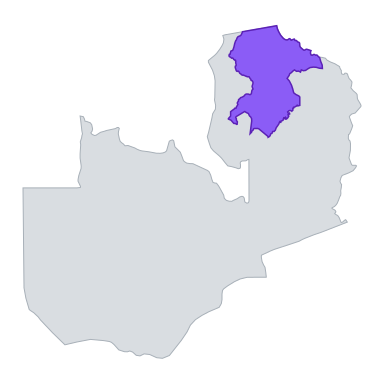 Zambia, with Northern highlighted
{"feature_id": "ZMB-515", "entity_name": "Northern", "entity_type": "Province", "adm_level": 1, "iso_a3": "ZMB", "parent_name": "Zambia", "parent_adm1": "", "projection": "natural_earth1", "projection_center": [30.182, -9.848], "detail": "fine", "context": "in_parent", "style": "filled", "palette": "violet", "viewbox_px": 384, "rotation_deg": 0, "n_neighbors": 0, "source": "natural_earth", "source_scale": "10m", "svg_char_len": 9114}
<svg xmlns="http://www.w3.org/2000/svg" viewBox="0 0 384 384"><path d="M266.3,277.2L247.1,277.3L240.1,279.0L234.4,281.7L227.6,285.9L223.6,288.9L222.5,290.5L222.0,294.1L222.0,299.6L221.3,303.6L219.2,307.3L208.9,311.7L202.1,315.3L195.5,319.6L190.4,325.1L187.0,332.0L181.3,340.4L169.4,355.5L162.5,358.3L156.7,357.7L149.7,354.5L144.1,353.9L140.0,355.9L136.2,355.3L132.7,352.1L129.8,351.0L127.4,351.8L124.4,351.7L118.8,349.9L114.0,344.5L111.4,342.3L109.4,341.5L103.7,340.6L90.5,339.4L76.9,342.0L64.9,344.8L52.6,332.8L40.6,320.1L38.1,316.8L33.6,312.6L30.4,310.5L29.2,309.5L25.9,298.2L24.0,287.8L23.0,187.9L76.9,187.9L80.4,187.5L80.5,186.4L78.0,181.1L78.1,179.2L78.8,175.6L81.1,168.4L81.2,166.0L80.1,158.1L80.1,153.7L80.7,144.8L80.3,141.8L81.6,137.8L82.0,135.2L82.5,134.0L81.9,131.0L80.7,120.5L80.1,116.0L83.3,116.7L84.4,118.9L85.0,121.2L86.5,121.4L90.3,122.8L91.7,124.7L92.6,129.0L92.1,131.1L90.8,132.9L92.1,134.4L94.6,135.5L96.1,135.2L100.5,132.3L104.5,131.2L106.5,130.5L115.4,128.6L117.2,127.5L118.4,127.5L119.3,128.4L118.5,131.4L118.3,134.0L119.4,139.0L120.2,141.4L122.1,143.1L123.4,144.0L125.0,145.8L128.0,145.5L134.9,148.0L137.0,149.2L139.9,150.4L141.9,150.9L148.9,151.8L156.4,153.2L160.2,153.3L163.0,152.9L164.9,152.2L166.0,151.4L166.6,150.7L169.3,141.2L170.8,140.4L172.6,139.9L173.7,140.8L174.9,146.8L180.3,152.2L182.1,156.8L183.5,160.7L184.7,161.8L186.7,163.1L190.0,163.6L192.9,163.7L207.4,170.4L209.0,171.6L210.7,175.2L211.8,179.2L213.0,182.4L214.8,183.0L216.5,183.2L218.2,185.4L219.4,187.3L223.7,195.1L224.3,198.3L226.4,200.4L229.2,201.2L231.8,201.3L233.3,200.4L237.0,198.8L239.9,196.9L242.0,196.3L243.2,196.7L244.2,198.0L244.8,201.9L246.9,203.2L248.4,202.7L249.0,201.2L249.0,200.4L248.9,159.4L247.6,159.7L245.9,160.8L242.1,161.0L240.6,161.8L240.2,163.1L240.5,164.8L240.5,167.2L240.0,168.3L238.3,168.7L235.9,167.8L231.5,166.6L227.8,165.9L225.2,162.8L221.6,158.2L219.3,155.9L213.6,151.0L212.7,150.0L210.9,147.8L209.5,143.9L208.1,139.5L207.3,136.7L208.6,132.3L211.9,118.1L212.7,113.7L215.4,109.2L215.6,105.2L214.5,100.0L214.8,97.2L215.1,80.9L214.4,75.8L212.5,70.1L208.4,62.2L208.4,60.5L214.7,55.3L216.6,53.4L219.8,49.2L222.0,45.7L223.4,42.8L223.9,39.1L222.8,35.5L225.0,34.8L276.7,25.7L277.4,28.1L279.0,32.1L280.7,35.1L283.0,37.7L284.8,39.3L286.1,39.8L294.0,39.6L296.9,41.2L299.4,43.2L300.0,46.3L301.7,48.3L303.4,49.8L304.2,50.0L305.5,49.6L307.6,49.6L309.6,50.2L310.5,50.9L310.6,53.5L311.2,54.7L313.9,55.1L316.6,55.4L319.3,57.1L322.1,57.4L325.4,58.2L327.0,60.1L330.5,62.0L334.8,63.7L339.6,66.6L339.7,67.5L340.5,69.2L341.3,70.4L341.3,72.2L341.7,73.9L343.0,74.3L344.0,74.4L344.9,73.2L346.2,73.2L347.5,74.0L348.0,75.9L349.1,78.5L350.8,80.3L352.0,82.0L351.6,85.1L350.9,87.9L353.2,90.7L356.3,93.4L357.1,94.5L357.4,98.5L357.9,99.8L359.9,103.1L361.0,105.3L360.9,106.5L355.2,113.0L351.8,114.0L350.2,115.4L349.3,116.8L351.6,123.2L352.7,125.7L351.7,128.8L349.5,134.0L348.5,134.5L348.3,138.4L348.9,139.9L350.0,141.0L350.5,143.7L350.4,150.3L349.0,157.9L351.5,164.5L352.3,165.3L355.8,165.3L356.5,165.9L355.6,167.7L353.1,170.7L348.7,172.9L342.2,175.4L340.9,177.8L340.0,181.3L340.7,183.3L341.6,184.5L341.3,187.5L340.7,190.7L340.9,193.3L340.6,195.5L339.8,196.6L338.6,200.0L337.2,203.3L336.1,204.9L334.5,206.5L332.0,207.8L332.0,208.5L334.9,210.1L335.6,211.1L335.9,211.9L334.7,213.6L336.0,214.6L337.7,215.5L339.2,217.7L340.9,222.0L341.2,222.4L341.7,222.5L342.7,222.0L344.5,220.3L345.7,219.7L347.3,222.1L320.4,232.6L314.1,234.7L304.7,238.4L301.7,239.8L299.2,241.2L274.3,249.4L270.4,251.0L261.6,255.1L261.3,255.8L261.4,257.7L262.1,261.7L263.7,265.2L265.0,267.3L265.8,272.6L266.3,277.2Z" fill="#d9dde1" stroke="#a8b0b8" stroke-width="1"/><path d="M276.7,25.7L277.4,28.9L278.9,32.2L280.7,35.3L282.7,37.7L283.6,38.6L284.8,39.4L286.1,39.9L287.3,39.9L288.0,39.6L288.6,39.1L289.2,38.7L289.9,38.7L290.2,39.0L290.8,39.9L291.1,40.1L291.4,40.2L291.7,40.1L291.9,39.9L293.4,39.3L293.8,39.2L294.0,39.1L294.4,39.1L294.5,39.3L294.6,40.0L295.1,40.5L295.4,40.5L295.8,40.5L296.3,40.5L296.7,40.8L297.4,41.6L297.8,42.0L298.9,42.3L299.5,42.9L299.7,43.7L299.7,45.0L299.9,46.4L300.6,47.5L303.4,49.9L303.9,50.2L304.5,50.2L305.1,49.9L306.0,49.3L306.7,49.2L311.0,50.6L310.5,52.0L310.5,53.6L311.1,55.0L312.3,55.3L312.9,55.0L313.3,54.7L313.8,54.4L314.5,54.5L315.4,55.1L315.7,55.2L316.0,55.2L316.5,55.0L316.8,55.0L317.4,55.4L318.4,56.7L319.0,57.2L319.6,57.4L320.7,61.4L322.2,65.1L322.4,68.5L319.3,68.2L316.3,67.3L313.4,67.1L310.0,67.6L307.6,69.0L305.6,70.4L303.4,70.7L301.3,69.9L300.5,72.1L298.6,71.1L296.4,71.3L294.5,69.9L293.0,71.0L291.3,72.7L289.8,73.6L289.1,75.5L287.1,78.4L289.3,80.9L291.5,85.2L292.7,88.8L293.7,92.8L295.9,94.5L298.8,95.9L299.8,97.0L299.8,105.4L298.0,105.9L297.9,105.7L297.7,105.5L297.5,105.3L297.2,105.2L296.9,105.4L296.7,106.0L296.1,106.2L295.1,106.8L294.6,107.1L293.8,107.2L293.5,107.3L293.4,107.6L293.6,107.9L293.6,108.1L293.1,108.2L292.9,108.3L292.8,108.5L292.9,109.9L292.8,110.3L292.6,110.5L292.0,110.9L291.8,111.2L291.5,110.9L290.9,110.7L290.3,110.5L289.8,110.5L289.3,110.6L288.9,110.8L287.6,111.9L287.7,112.2L288.0,112.6L288.2,112.9L288.3,113.1L288.7,113.3L288.9,113.2L289.2,113.1L289.4,113.0L289.6,113.3L289.7,114.0L289.3,114.2L288.2,114.2L288.0,114.5L288.0,114.8L288.1,115.1L288.7,115.9L288.8,116.1L288.6,116.5L288.3,116.9L288.1,117.1L288.0,117.6L286.7,118.9L286.3,119.1L285.7,119.1L285.9,118.7L286.0,118.4L286.0,118.0L285.8,117.7L285.5,117.4L285.4,117.7L285.3,118.5L284.9,118.6L284.4,118.5L284.1,118.1L284.4,117.7L283.8,117.7L283.5,118.5L283.2,119.6L283.0,120.3L282.7,120.5L281.9,120.8L281.6,120.9L281.4,121.0L281.1,121.2L280.7,121.3L280.3,121.4L280.9,122.1L280.7,122.4L280.3,122.3L280.0,121.8L279.7,122.0L279.4,122.3L279.3,122.6L279.2,123.0L278.7,124.2L276.3,127.6L275.7,129.0L275.5,129.8L275.3,130.2L274.6,130.9L274.5,131.0L274.2,131.4L274.0,131.5L273.4,131.4L273.0,131.4L272.7,131.5L272.5,131.8L272.4,132.2L272.2,132.8L272.1,133.1L271.9,133.4L271.6,133.5L271.2,133.6L270.7,133.9L270.5,134.5L270.3,135.2L270.0,135.9L268.9,136.9L268.1,137.3L268.1,137.1L268.1,136.9L268.0,136.6L267.9,136.4L258.9,128.9L258.4,128.7L257.9,128.5L254.3,128.5L253.9,128.6L253.7,128.7L253.5,128.9L253.3,129.7L253.0,130.2L252.0,131.0L251.8,131.2L251.7,131.6L251.6,132.0L251.5,132.3L251.4,132.6L250.5,132.9L250.3,133.5L250.1,133.7L251.7,121.0L251.6,119.2L251.6,118.8L251.5,118.5L250.7,117.0L250.5,116.7L250.3,116.6L249.6,116.0L249.4,115.7L248.6,114.0L248.5,113.7L248.4,113.6L247.8,113.2L247.5,113.1L246.4,112.6L245.5,112.0L245.0,111.6L244.8,111.5L244.7,111.5L236.5,116.4L236.0,116.8L235.7,117.3L235.8,117.8L236.4,118.7L236.4,119.0L236.4,119.4L236.3,119.6L236.4,120.0L236.5,120.3L236.6,120.6L237.4,121.8L237.4,122.0L237.2,123.1L237.2,123.9L237.2,124.1L237.1,124.3L236.8,124.4L236.6,124.3L235.3,123.5L235.1,123.4L234.9,123.4L234.1,123.5L233.8,123.4L233.7,123.3L231.1,120.3L230.8,120.1L228.6,119.2L228.4,119.1L228.3,118.9L228.6,118.3L229.2,117.6L230.5,116.2L230.6,115.8L230.6,111.9L230.6,111.7L230.8,111.5L234.3,108.9L234.6,108.6L234.8,108.2L235.0,108.1L235.7,108.2L235.9,108.2L236.1,108.1L236.2,107.9L236.4,107.1L236.4,106.9L236.6,106.6L237.7,104.8L237.8,104.6L237.9,104.4L237.8,104.2L237.5,103.7L237.3,103.3L237.3,103.1L237.3,102.8L237.8,101.9L238.0,101.7L238.2,101.4L238.3,101.3L238.4,100.9L238.5,99.9L238.6,99.6L238.8,99.4L239.6,98.8L239.8,98.7L240.3,98.0L240.6,97.7L240.9,97.5L241.8,97.3L242.9,96.7L243.6,96.4L243.9,96.1L244.8,95.0L245.3,94.6L245.5,94.4L246.1,94.1L246.9,94.0L248.2,94.1L248.4,94.1L248.7,94.2L249.3,94.5L249.9,94.6L250.2,94.6L250.3,94.5L250.6,94.4L251.1,93.9L251.2,93.7L251.4,93.4L251.8,90.8L251.9,90.5L252.1,90.2L252.2,89.9L252.5,89.6L252.9,89.2L253.0,89.1L253.0,88.9L252.7,88.2L252.2,86.9L252.1,86.3L252.1,86.1L252.2,85.9L252.9,83.7L253.0,82.9L253.0,82.6L252.7,81.5L252.5,81.2L252.3,80.9L252.2,80.9L251.3,80.5L251.1,80.4L251.0,80.1L250.9,79.5L250.8,79.3L250.7,79.1L250.3,78.8L250.0,78.3L249.6,77.7L249.3,77.0L249.0,76.8L248.9,76.7L248.7,76.7L248.4,76.8L247.7,76.7L247.2,76.8L247.1,76.7L246.9,76.5L246.8,76.4L246.6,76.3L246.1,76.3L245.2,75.9L244.7,75.6L244.4,75.5L243.9,75.4L243.3,75.1L243.1,75.1L242.6,75.2L241.9,74.9L241.6,74.8L241.4,74.7L241.0,74.0L240.8,73.9L240.4,73.8L240.0,73.4L239.7,73.2L239.5,72.9L239.1,71.9L238.5,71.3L238.3,71.2L237.9,71.1L237.7,71.1L237.3,71.3L237.2,71.4L236.9,71.3L236.5,71.0L236.4,70.8L236.2,70.5L235.6,68.6L235.4,68.1L235.3,67.8L235.3,67.5L235.2,67.3L235.3,66.2L235.5,66.0L235.8,65.9L236.0,65.8L236.1,65.4L236.2,64.9L235.7,62.9L235.7,62.5L235.8,61.5L235.8,61.3L235.6,60.8L235.6,60.4L235.5,60.2L235.4,60.1L235.0,60.2L234.9,60.3L234.8,60.2L234.5,59.8L234.4,59.7L233.9,59.6L233.6,59.3L233.4,58.8L233.0,58.3L232.9,58.2L232.5,58.0L232.4,58.0L232.2,58.1L231.7,58.2L231.4,58.0L231.2,57.8L231.0,57.6L230.8,57.4L230.5,57.2L230.2,57.1L229.7,56.8L229.3,56.5L229.2,56.3L229.0,55.9L229.1,55.2L229.2,54.6L229.3,54.5L229.4,54.3L229.5,54.3L229.9,54.3L230.0,54.3L230.1,54.1L230.8,51.4L230.9,51.1L231.3,50.9L232.2,50.6L232.4,50.5L232.6,50.4L232.9,49.8L233.1,49.5L234.0,46.7L234.7,43.5L235.6,40.9L235.8,40.6L236.1,40.3L236.4,39.7L237.2,37.7L237.6,37.2L237.9,36.8L238.0,36.7L239.3,36.1L240.2,35.8L240.6,35.5L241.0,35.1L241.4,34.4L242.3,32.4L242.5,31.7L276.7,25.7Z" fill="#8b5cf6" stroke="#5b21b6" stroke-width="1.5"/></svg>